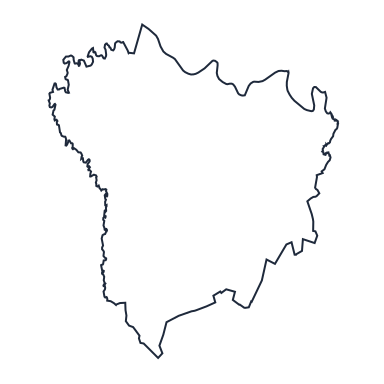 Liepas pag., Priekulu, Latvia (Robinson projection), rotated 91°
{"feature_id": "27541924B93252859491406", "entity_name": "Liepas pag.", "entity_type": "district", "adm_level": 2, "iso_a3": "LVA", "parent_name": "Latvia", "parent_adm1": "Priekulu", "projection": "robinson", "projection_center": [25.432, 57.391], "detail": "fine", "context": "isolated", "style": "outline", "palette": "slate", "viewbox_px": 384, "rotation_deg": 91, "n_neighbors": 0, "source": "geoboundaries", "source_scale": "gbopen_adm2", "svg_char_len": 5863}
<svg xmlns="http://www.w3.org/2000/svg" viewBox="0 0 384 384"><g transform="rotate(91 192 192)"><path d="M70.1,97.7L70.5,98.0L69.4,99.2L69.6,101.6L69.2,104.7L69.5,107.6L71.2,111.0L78.4,120.8L79.9,123.4L80.8,127.4L80.6,131.8L80.9,132.9L82.5,135.3L84.9,137.1L94.4,140.9L94.7,142.9L94.5,144.4L93.6,146.5L92.5,147.6L85.9,150.9L83.7,152.7L83.0,154.1L83.0,156.0L83.6,158.5L83.4,159.7L81.5,163.3L78.6,166.9L75.5,168.6L72.5,169.3L64.9,168.6L62.6,168.7L61.7,169.4L60.4,171.3L60.2,172.9L60.5,173.8L68.2,181.6L72.5,187.8L73.8,190.4L74.4,192.8L74.5,195.1L73.8,197.7L72.3,200.9L70.7,203.0L59.4,211.4L58.1,213.2L54.4,220.3L52.0,223.1L47.0,226.0L39.5,228.7L36.3,230.6L29.7,238.3L25.5,244.7L54.4,252.4L53.9,257.3L54.3,257.8L51.6,258.8L42.6,263.8L43.7,263.8L43.9,265.3L43.7,266.1L42.7,267.0L42.6,269.1L44.2,271.1L45.0,271.5L49.0,271.8L50.7,272.4L51.8,273.3L51.2,275.2L49.0,276.2L48.9,277.0L47.1,277.7L46.5,278.8L45.0,279.8L45.1,280.4L46.2,281.5L49.1,282.0L51.2,280.9L56.1,280.2L57.5,280.3L60.1,281.5L59.9,282.7L57.2,284.3L56.8,285.2L57.9,287.3L57.8,289.1L57.5,289.7L56.7,290.3L54.1,291.0L53.6,291.6L54.2,292.4L53.9,293.0L49.8,293.5L50.4,294.6L54.1,297.4L58.3,298.7L58.7,298.5L58.0,296.0L58.5,294.6L60.3,293.6L63.5,293.2L66.3,294.5L67.4,295.6L68.5,299.7L62.5,302.4L61.6,305.1L62.1,305.8L62.0,307.1L62.7,307.6L64.1,307.7L64.5,307.3L63.9,306.6L65.7,306.2L67.7,306.9L67.8,307.4L66.5,307.8L65.7,308.7L65.3,309.5L65.7,311.2L65.3,311.6L62.1,312.6L59.4,312.8L58.1,314.3L57.6,315.4L58.7,317.9L58.8,320.4L62.1,323.0L65.0,322.5L65.8,321.6L65.3,319.6L63.6,317.7L63.7,317.0L64.4,316.8L68.1,317.6L72.2,319.3L74.9,318.4L75.7,318.5L78.4,319.6L79.2,320.9L81.2,320.4L81.8,319.6L82.0,318.3L82.7,317.9L86.9,317.1L91.9,318.1L94.9,316.8L95.1,317.4L94.5,319.9L93.5,320.5L90.1,321.3L89.9,321.9L91.3,326.3L91.8,326.7L91.9,328.1L89.8,329.3L86.3,330.0L85.8,330.5L85.9,331.3L92.2,333.3L94.4,332.7L95.3,335.7L96.2,336.3L100.3,335.5L101.5,335.7L102.6,336.3L102.9,336.9L105.9,335.7L108.1,336.1L109.6,335.6L109.9,334.3L109.4,333.0L106.5,331.0L106.3,330.6L107.1,330.0L112.1,331.0L113.0,331.9L117.1,332.7L119.0,330.5L121.6,330.9L122.8,330.5L122.1,329.3L122.1,328.7L123.4,327.8L124.2,328.4L126.7,328.2L127.1,327.9L127.2,326.6L127.8,326.2L134.7,325.0L135.4,324.2L137.7,323.5L138.1,323.2L138.9,321.2L138.9,319.8L139.4,319.4L141.6,318.8L147.6,319.2L147.8,318.5L146.9,317.8L144.6,316.8L142.8,316.6L142.6,315.5L145.4,313.8L145.4,312.5L146.0,312.1L149.4,312.1L150.1,312.6L151.1,312.1L151.3,311.8L150.3,310.7L151.8,308.4L154.3,306.3L154.4,304.1L155.5,303.3L157.6,302.4L158.6,303.0L160.8,303.3L160.0,302.3L160.1,301.7L163.5,301.2L164.2,300.7L164.5,298.7L161.6,296.5L161.1,295.9L161.2,295.4L161.9,294.9L163.2,294.9L165.9,296.8L168.3,297.1L168.7,296.6L168.0,295.4L169.0,294.5L171.5,296.1L172.0,295.9L171.7,294.9L173.3,293.3L175.3,293.9L178.2,294.1L178.3,293.5L176.4,290.4L177.1,288.2L178.4,287.6L179.0,288.1L181.9,287.6L184.3,288.3L185.7,287.8L187.6,287.8L188.2,286.7L187.2,285.4L190.0,284.4L190.8,283.4L192.1,282.7L190.8,281.4L191.0,280.3L190.6,278.4L191.1,277.7L192.6,278.0L195.4,276.6L197.5,276.7L197.9,277.0L197.6,277.6L196.3,277.8L195.7,278.4L196.8,279.2L200.4,278.6L201.2,277.9L203.3,278.7L206.9,278.5L207.2,278.2L206.6,277.2L207.8,277.2L209.1,277.8L212.4,277.5L213.3,278.2L212.1,278.8L212.3,279.0L217.4,279.4L217.6,278.0L218.2,277.9L219.1,278.2L218.5,279.2L219.4,280.2L221.3,280.3L222.4,279.2L227.0,279.9L229.6,278.9L231.2,278.7L231.6,278.1L230.4,277.5L230.4,277.0L231.6,276.3L232.9,276.7L233.0,277.1L235.5,278.1L236.1,279.8L236.8,280.7L240.1,281.5L247.1,280.0L249.0,280.9L250.8,280.9L252.4,279.5L253.5,279.0L257.5,279.4L259.4,277.8L259.8,276.7L260.5,276.6L261.7,277.1L262.0,279.1L265.5,279.6L266.1,280.0L266.5,281.5L266.9,281.6L272.3,280.4L272.6,279.9L272.2,279.3L272.5,278.8L273.6,279.1L274.1,280.5L275.2,280.5L275.7,280.1L275.8,279.4L278.3,278.3L281.8,278.7L284.4,277.8L285.0,277.0L285.8,277.5L285.7,278.2L286.9,278.9L287.6,278.7L287.3,277.6L289.4,277.1L291.0,277.4L293.0,278.7L298.2,277.7L299.0,276.9L298.5,275.8L298.8,275.3L300.5,274.8L302.1,274.9L302.6,271.4L304.5,268.1L306.3,266.0L305.8,265.7L304.3,262.1L303.9,256.8L311.3,256.4L316.7,255.4L322.3,255.9L326.7,252.6L328.1,248.5L336.6,242.0L339.3,242.5L343.8,240.9L344.3,237.7L358.5,223.0L353.8,218.8L346.2,221.9L335.2,218.2L322.6,215.2L316.0,203.1L311.3,190.4L310.7,187.3L310.1,185.6L306.1,175.5L302.0,166.8L295.3,168.8L291.0,162.0L292.4,160.9L288.7,156.1L291.0,147.3L299.2,149.3L303.9,142.8L303.7,142.3L306.8,137.8L306.9,136.6L306.3,133.2L300.4,130.9L300.7,130.4L279.2,120.6L258.2,116.3L262.4,107.8L242.8,96.7L240.5,91.6L252.9,88.3L252.9,86.9L252.4,86.7L249.0,81.0L237.2,80.3L240.9,68.5L233.5,66.0L229.2,67.9L228.8,70.2L219.5,70.2L217.0,70.6L212.0,71.9L199.3,76.5L196.4,73.2L194.8,70.6L194.6,68.6L194.0,67.4L191.1,64.7L187.8,66.6L186.8,68.2L185.5,69.0L174.8,67.3L173.0,67.6L170.8,61.7L169.1,62.7L167.0,60.0L162.5,58.3L159.5,56.5L157.9,54.9L155.1,54.1L153.7,54.5L153.3,55.3L152.6,54.9L151.3,56.0L150.0,56.3L150.2,57.6L150.8,57.6L151.0,58.1L150.9,58.5L150.2,58.7L151.4,58.9L151.1,59.2L151.7,59.7L152.4,59.7L152.0,61.1L149.9,61.4L149.3,62.5L148.2,61.8L146.8,62.1L144.2,60.6L143.8,60.9L143.5,59.9L143.0,59.6L143.2,59.1L142.6,59.2L142.5,58.6L142.1,58.6L142.6,58.2L140.8,56.7L141.0,56.1L140.0,55.0L138.1,54.6L136.4,53.8L133.8,51.9L131.3,51.6L127.3,49.6L126.6,48.6L125.4,47.9L121.7,47.3L121.4,47.7L120.6,47.1L119.1,47.7L118.7,47.4L117.5,48.9L118.1,49.5L117.7,50.1L117.9,50.5L116.9,50.6L117.1,51.1L116.2,52.6L114.7,53.0L114.6,52.4L113.9,52.6L113.9,53.1L113.2,53.3L113.7,53.6L110.8,54.4L109.9,55.1L110.8,55.6L111.2,57.1L110.9,58.2L109.1,59.6L106.2,60.6L95.4,59.1L89.6,60.7L90.2,62.4L90.2,63.6L89.6,65.0L84.9,70.0L84.9,71.6L86.2,72.8L91.8,73.9L103.3,71.3L107.3,71.6L108.8,72.6L109.1,73.7L109.0,74.6L108.1,78.6L107.0,81.2L99.0,91.2L96.1,93.9L92.9,96.1L89.2,98.1L87.8,98.5L84.1,99.1L80.3,99.1L71.2,97.5L70.1,97.7Z" fill="none" stroke="#1e293b" stroke-width="2"/></g></svg>